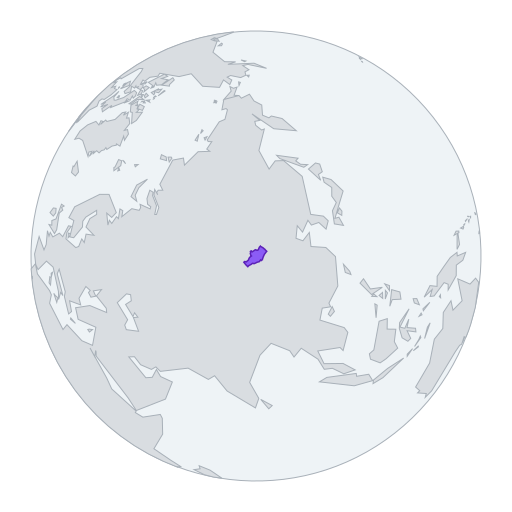 globe centered on Ömnögovi, rotated 319°
{"feature_id": "MNG-3298", "entity_name": "Ömnögovi", "entity_type": "Province", "adm_level": 1, "iso_a3": "MNG", "parent_name": "Mongolia", "parent_adm1": "", "projection": "orthographic", "projection_center": [104.196, 43.387], "detail": "fine", "context": "on_globe", "style": "filled", "palette": "violet", "viewbox_px": 512, "rotation_deg": 319, "n_neighbors": 0, "source": "natural_earth", "source_scale": "10m", "svg_char_len": 12886}
<svg xmlns="http://www.w3.org/2000/svg" viewBox="0 0 512 512"><g transform="rotate(319 256 256)"><circle cx="256" cy="256" r="225" fill="#eef3f6" stroke="#a8b0b8"/><path d="M386.3,72.2L384.8,72.0L369.2,66.1L367.8,63.9L364.2,63.2L365.7,66.2L367.6,68.4L357.2,74.0L359.8,88.8L368.0,96.1L360.5,92.9L381.0,109.2L387.1,121.3L375.6,106.1L370.9,103.6L372.9,110.8L368.5,109.8L366.9,112.9L361.5,111.3L355.2,103.1L351.6,102.1L353.2,107.3L348.7,109.4L347.0,101.8L339.1,104.8L327.1,92.9L326.7,76.0L315.6,70.1L303.3,55.0L299.9,55.9L293.1,51.5L286.6,51.1L286.2,49.0L281.4,50.6L283.1,52.8L281.5,54.3L277.9,54.5L276.7,51.5L278.3,51.0L276.1,50.2L277.0,48.8L274.5,49.6L273.5,46.3L269.1,49.8L263.7,47.5L264.5,45.3L271.5,45.2L290.7,41.5L293.6,40.2L290.8,37.9L270.5,33.8L270.8,32.8L266.1,31.7L262.7,32.0L265.1,33.2L257.6,34.1L261.5,35.9L259.0,36.7L260.2,39.2L252.4,39.3L244.2,38.3L242.8,36.4L239.2,36.1L234.3,38.6L225.8,36.5L209.8,37.8L208.4,37.6L216.8,34.9L232.5,32.5L243.4,31.1L228.6,32.7L225.4,32.8L223.4,33.1L240.5,31.3L257.6,30.7L274.8,31.5L291.8,33.6L308.6,37.0L325.2,41.6L341.3,47.5L356.9,54.6L371.9,62.8L386.3,72.2ZM219.4,33.7L217.3,34.1L215.5,34.5L212.8,34.9L214.7,34.5L219.4,33.7ZM465.8,177.2L464.2,174.2L464.4,173.5L465.8,177.2ZM463.6,174.2L464.1,174.8L463.8,174.7L463.6,174.2ZM463.7,175.3L463.6,174.5L463.9,175.8L463.7,175.3ZM464.0,177.2L463.7,176.0L463.8,176.3L464.0,177.2ZM463.8,179.1L463.6,179.5L463.2,178.0L463.8,179.1ZM369.1,69.7L366.2,66.4L366.4,64.4L369.4,67.1L369.1,69.7ZM368.0,74.7L365.4,72.6L369.7,72.8L369.8,73.9L368.0,74.7ZM374.9,101.9L373.3,98.2L376.3,102.2L374.9,101.9ZM367.6,113.6L369.5,115.1L367.9,116.1L367.6,113.6ZM264.4,39.0L262.4,39.1L263.2,38.6L264.4,39.0ZM266.9,40.2L269.3,39.5L270.8,40.0L269.3,40.4L266.9,40.2ZM358.1,114.7L355.0,116.2L357.1,113.2L358.1,114.7ZM263.5,40.9L273.2,40.9L275.9,41.8L272.2,44.1L263.5,40.9ZM352.5,116.1L344.9,120.3L348.4,123.7L334.4,116.8L345.4,115.3L347.5,111.0L349.0,114.6L352.5,116.1ZM285.2,53.4L283.3,51.1L288.2,53.0L285.2,53.4ZM288.7,54.3L306.2,58.7L307.2,62.5L301.1,60.1L305.1,65.2L297.0,64.8L293.0,61.9L294.0,59.5L290.2,61.3L288.7,54.3ZM327.9,112.6L325.1,112.6L326.8,111.1L327.9,112.6ZM281.3,55.1L284.7,55.5L285.9,58.8L279.2,58.6L281.0,57.5L281.3,55.1ZM310.2,66.9L309.8,69.5L303.1,69.9L302.1,71.0L296.9,65.2L310.2,66.9ZM278.9,56.9L275.7,58.4L271.9,57.1L278.0,55.0L278.9,56.9ZM289.0,59.8L289.2,61.3L286.9,60.4L289.0,59.8ZM256.5,53.9L260.6,54.0L261.5,55.6L256.5,53.9ZM274.8,59.1L276.2,59.6L277.0,60.4L274.2,61.1L274.8,59.1ZM292.6,66.0L289.9,65.7L294.4,68.3L289.6,68.9L287.0,65.1L286.1,67.0L284.6,67.2L284.2,63.9L292.6,66.0ZM273.9,64.3L269.0,60.0L261.2,59.3L260.1,57.8L272.9,59.2L273.9,64.3ZM280.0,64.3L276.0,63.9L276.7,62.0L279.9,61.1L280.0,64.3ZM287.2,70.9L295.3,70.9L295.6,71.8L287.2,70.9ZM271.5,64.4L272.7,65.4L270.8,64.5L271.5,64.4ZM282.2,69.2L285.0,69.0L285.3,70.0L282.2,69.2ZM272.9,67.8L271.3,66.4L273.4,65.6L272.9,67.8ZM277.0,68.7L276.7,70.2L275.1,66.3L278.3,68.5L277.0,68.7ZM282.0,70.2L283.1,70.7L280.8,70.1L282.0,70.2ZM265.8,71.6L263.2,66.9L267.9,65.2L269.7,70.0L265.8,71.6ZM77.8,118.2L84.4,117.1L79.3,126.1L77.5,146.6L76.1,151.0L69.2,156.3L62.1,184.9L68.3,183.8L69.0,205.7L74.0,216.2L88.4,204.7L80.2,187.1L85.9,176.7L98.1,184.4L106.2,200.7L108.7,197.2L109.4,181.4L117.4,180.0L110.4,175.6L108.7,181.2L104.4,178.8L105.6,173.7L108.3,173.2L107.6,167.4L94.7,171.8L91.6,177.9L85.9,167.5L80.3,176.9L76.6,176.8L84.8,160.9L88.6,157.8L98.8,136.8L94.3,139.0L84.3,159.2L84.7,155.3L78.5,159.3L83.6,153.2L95.6,131.3L94.5,122.4L82.6,123.3L84.2,117.9L90.2,109.2L105.1,99.0L100.0,112.3L105.2,109.7L115.2,100.1L112.8,105.2L116.2,103.2L115.2,108.3L122.6,109.8L122.8,114.6L134.3,110.2L136.0,112.4L128.7,114.2L123.8,118.4L125.5,131.4L128.4,132.5L135.7,128.8L135.2,133.2L142.1,128.0L147.3,134.1L146.7,122.6L155.2,118.8L163.0,120.1L165.7,117.0L153.1,115.0L148.1,116.1L144.0,120.3L130.4,122.6L128.0,119.4L141.8,109.7L139.9,104.3L151.5,99.9L178.6,107.0L185.5,113.1L179.0,131.6L172.4,132.2L171.5,125.7L164.5,135.5L168.8,132.8L168.5,136.8L176.5,134.8L176.7,137.5L184.2,131.2L185.2,134.4L180.5,138.3L193.3,138.8L197.8,144.9L200.7,143.8L202.4,140.9L207.0,151.0L208.9,149.8L208.1,145.9L211.4,141.1L219.0,136.7L220.2,140.4L217.6,142.5L213.9,152.8L206.8,158.2L208.1,159.4L214.5,155.6L219.0,143.0L223.2,139.3L222.0,145.3L222.8,142.8L225.3,142.2L228.8,145.2L230.5,138.8L256.1,129.0L265.5,134.5L261.6,140.5L280.7,139.3L289.8,146.7L289.0,143.0L297.7,140.7L295.0,138.3L295.3,136.4L316.3,130.6L322.2,132.5L330.4,126.9L330.1,125.1L326.2,123.3L334.4,116.8L348.4,123.7L348.5,127.3L357.2,129.6L356.2,137.7L359.4,145.8L353.3,154.0L356.4,160.2L359.4,160.4L365.9,169.4L368.6,187.9L352.9,171.6L346.2,146.1L347.8,156.1L343.4,153.6L341.5,157.2L342.9,164.6L345.6,165.6L327.4,178.3L322.9,199.0L332.9,196.8L339.4,202.1L343.1,226.2L324.6,260.5L333.0,270.1L333.6,276.8L326.5,281.7L325.4,271.9L318.1,269.0L318.6,263.1L306.8,268.5L307.0,260.2L297.8,268.9L301.4,275.3L311.7,273.2L303.7,284.9L314.3,295.4L315.6,308.6L298.1,332.3L280.1,339.4L279.0,343.3L271.8,338.8L262.2,346.3L275.6,367.9L275.2,373.9L259.7,384.5L259.4,380.2L240.3,368.2L236.7,381.9L251.2,394.2L256.1,407.0L245.0,402.5L240.0,390.9L233.2,386.3L235.1,374.5L229.6,355.3L218.4,357.2L219.3,349.6L210.1,331.8L193.9,333.5L168.3,347.2L164.7,365.3L155.9,370.3L145.6,338.9L146.2,319.2L139.1,317.9L131.2,296.1L108.1,280.3L107.7,274.0L102.7,273.0L97.6,262.4L98.2,252.3L93.8,248.7L93.0,275.6L98.1,279.5L106.4,276.3L104.9,284.4L110.2,296.2L93.8,304.6L64.3,294.1L66.4,279.3L69.7,226.7L72.4,223.5L72.6,223.0L73.0,222.1L68.2,226.3L70.4,216.5L63.3,250.0L59.9,261.7L63.8,294.4L62.2,295.0L64.9,303.4L79.8,312.8L78.8,317.0L68.7,329.2L52.5,334.5L57.6,353.9L61.3,366.3L57.6,362.6L58.6,364.6L51.3,350.0L45.0,334.9L39.8,319.4L35.8,303.5L32.9,287.5L31.2,271.2L30.7,254.9L31.4,238.5L33.3,222.3L36.3,206.2L40.5,190.4L45.8,175.0L52.2,160.0L59.7,145.4L68.2,131.5L77.8,118.2ZM74.2,124.3L72.2,126.7L72.1,126.8L74.2,124.3ZM109.8,226.5L118.0,235.8L123.1,222.0L126.7,224.7L127.1,219.2L123.4,221.0L125.8,207.0L132.5,208.0L136.0,202.9L133.4,199.6L120.7,200.2L117.3,219.9L111.6,222.0L109.8,226.5ZM224.6,32.9L223.4,33.1L219.0,33.8L221.0,33.5L224.6,32.9ZM200.1,38.3L196.2,39.0L200.3,38.0L202.3,37.4L213.4,35.0L208.3,37.3L208.7,36.5L200.1,38.3ZM226.8,33.1L220.3,33.9L227.6,33.0L226.8,33.1ZM136.4,88.9L133.1,92.1L129.2,92.9L129.0,88.1L134.6,86.8L136.4,88.9ZM129.4,96.8L143.2,89.3L144.0,92.4L141.2,91.8L140.3,94.6L135.7,94.5L122.8,105.4L118.6,106.9L120.4,96.4L122.1,98.8L125.2,95.3L129.4,96.8ZM177.2,69.1L183.2,67.1L177.1,76.2L172.2,77.1L171.5,72.0L177.0,68.1L177.2,69.1ZM255.1,45.4L257.8,45.0L258.1,45.7L256.1,46.6L255.1,45.4ZM258.4,53.8L243.7,48.6L246.0,47.7L234.7,46.4L236.4,43.6L243.7,44.4L236.5,41.6L243.8,41.2L238.3,39.8L254.4,41.8L260.6,41.8L253.0,42.8L251.2,45.3L252.3,46.4L260.2,49.6L272.8,51.2L273.1,54.4L269.9,56.2L266.9,56.3L267.7,54.1L263.1,55.8L262.0,52.8L258.4,53.8ZM232.6,82.4L234.8,78.7L225.4,83.8L224.2,79.8L223.2,80.7L219.5,78.6L213.3,77.7L213.8,75.7L211.1,76.3L208.6,75.1L205.2,75.2L204.8,72.0L200.6,72.0L202.9,70.5L195.6,71.4L200.8,69.3L198.1,67.9L194.5,70.7L201.0,55.1L199.7,51.0L195.8,49.0L205.3,46.2L215.0,46.6L223.5,49.4L223.4,54.1L227.7,52.2L228.9,54.1L225.0,54.7L231.8,54.8L231.7,56.6L239.3,60.5L249.1,60.1L252.1,61.8L248.3,62.8L254.0,63.8L248.7,67.0L250.8,68.4L247.6,73.2L239.0,74.8L242.0,76.3L239.7,80.3L232.6,82.4ZM264.6,72.9L254.6,75.2L249.0,74.4L256.8,66.5L255.7,64.8L260.5,60.2L268.5,61.7L266.4,62.8L266.2,64.2L263.7,63.2L265.6,65.2L262.7,66.9L263.4,68.9L259.9,69.1L264.6,72.9ZM78.9,151.5L78.6,154.2L79.1,157.5L75.2,160.3L78.9,151.5ZM86.8,136.4L87.2,138.0L81.9,143.1L82.2,140.5L86.8,136.4ZM91.8,134.8L87.6,137.7L90.1,134.6L91.8,134.8ZM129.5,115.6L130.5,117.3L128.8,118.6L126.2,118.9L129.5,115.6ZM204.7,98.4L206.8,96.0L208.1,96.3L215.6,93.1L217.1,96.0L213.2,99.1L204.7,98.4ZM84.4,204.3L80.4,204.1L80.8,201.1L82.1,201.7L84.4,204.3ZM75.6,181.2L75.5,188.4L74.5,181.9L75.6,181.2ZM207.5,101.1L210.4,99.3L209.4,101.9L207.5,101.1ZM218.6,98.1L218.1,100.8L218.2,96.1L218.6,98.1ZM80.8,387.4L84.5,401.3L78.9,395.0L73.5,387.1L69.1,376.6L74.2,379.9L75.5,377.0L80.8,387.4ZM312.6,430.7L319.3,430.4L319.0,431.1L312.6,430.7ZM305.7,429.3L313.4,428.6L304.3,430.9L305.7,429.3ZM316.3,428.3L324.2,425.8L327.5,424.2L326.9,425.7L316.3,428.3ZM300.5,429.9L271.9,431.1L260.6,429.1L263.3,426.7L281.6,427.2L300.5,429.9ZM262.3,426.6L245.0,418.4L221.3,392.6L229.8,394.1L254.6,410.4L253.0,412.8L263.5,419.2L262.3,426.6ZM304.2,411.4L302.5,418.5L286.8,418.9L279.6,418.1L274.7,409.0L277.4,404.2L283.3,404.2L306.1,386.0L314.0,389.4L307.0,397.2L313.5,403.0L304.2,411.4ZM165.5,367.3L170.1,379.5L165.4,379.7L165.5,367.3ZM315.2,372.6L306.1,381.4L314.3,370.1L315.2,372.6ZM320.0,361.9L320.6,366.0L316.9,362.4L320.0,361.9ZM278.8,349.3L272.6,350.3L272.4,347.3L280.3,344.2L278.8,349.3ZM316.6,319.6L316.7,329.0L315.5,332.3L312.6,327.0L316.6,319.6ZM224.5,126.8L212.4,127.6L204.7,130.9L201.9,136.5L200.6,129.2L212.5,124.2L224.5,126.8ZM252.1,128.2L254.5,123.7L256.9,125.7L256.7,127.0L252.1,128.2ZM251.1,125.4L247.5,119.9L251.1,117.5L253.2,122.3L251.1,125.4ZM227.0,109.6L223.4,109.5L224.3,107.4L227.0,109.6ZM372.8,448.7L372.2,449.0L367.5,451.8L361.4,454.9L360.0,454.3L355.2,456.9L360.7,453.1L353.4,457.5L351.1,457.0L343.6,459.0L300.1,473.0L291.0,473.7L294.3,471.5L288.1,465.3L291.2,465.1L290.5,459.6L316.8,450.7L336.0,435.8L349.4,433.3L360.3,421.5L373.8,417.7L369.1,426.1L382.2,425.0L393.3,405.6L399.1,417.6L407.2,416.8L406.8,422.0L387.6,438.8L372.8,448.7ZM438.9,385.3L440.3,383.9L441.8,383.0L439.6,385.6L438.9,385.3ZM449.1,368.4L449.6,368.3L448.9,369.4L449.1,368.4ZM448.6,368.8L449.8,366.3L449.3,367.9L448.6,368.8ZM442.6,368.4L443.7,366.6L444.1,366.8L442.6,368.4ZM329.1,428.9L338.6,422.2L343.6,420.7L329.1,428.9ZM441.4,367.9L438.9,370.0L439.3,368.8L441.4,367.9ZM441.8,365.6L441.6,364.5L442.9,366.1L441.8,365.6ZM437.1,366.7L440.1,366.5L436.8,367.3L437.1,366.7ZM435.2,368.6L433.0,369.3L433.2,368.7L435.2,368.6ZM407.9,388.0L416.6,390.8L409.3,394.9L401.2,394.3L394.2,402.2L378.7,407.7L382.5,403.4L380.5,399.5L364.2,403.0L360.9,400.8L366.9,396.9L355.9,397.4L367.9,392.5L372.7,397.7L379.4,390.2L390.8,387.2L401.6,384.6L410.1,385.1L407.9,388.0ZM367.7,406.9L369.8,406.2L367.9,408.7L367.7,406.9ZM428.7,369.1L431.9,369.7L431.5,370.7L429.9,371.5L428.7,369.1ZM412.1,382.9L421.2,372.5L423.3,371.3L417.2,380.8L412.1,382.9ZM419.1,370.3L423.3,368.5L425.4,370.2L424.5,371.5L419.1,370.3ZM343.2,407.4L342.7,409.3L339.5,408.5L343.2,407.4ZM347.3,405.4L356.8,405.0L346.4,407.1L347.3,405.4ZM318.0,404.1L320.9,408.2L329.9,403.9L323.0,409.1L329.0,415.2L326.9,418.2L321.0,411.5L318.7,419.7L314.7,420.0L312.6,413.6L316.7,404.6L320.7,400.5L336.9,396.3L318.0,404.1ZM347.3,400.0L344.7,395.3L346.6,391.3L349.4,393.6L347.3,400.0ZM337.1,383.7L330.2,378.3L324.0,381.7L336.3,370.4L341.0,377.5L337.1,383.7ZM331.0,370.1L325.3,373.3L331.1,366.8L331.0,370.1ZM323.8,371.2L323.0,366.5L327.6,366.5L323.8,371.2ZM334.0,369.8L334.9,361.5L337.3,365.9L334.0,369.8ZM320.7,355.9L330.8,362.5L317.9,360.9L316.7,344.7L322.2,343.7L320.7,355.9ZM347.4,281.6L345.7,276.7L350.5,274.5L350.3,278.5L347.4,281.6ZM364.4,264.1L351.2,272.4L340.3,279.4L344.0,281.1L342.1,290.3L336.2,283.2L343.4,272.0L351.7,268.3L352.4,260.6L358.1,254.0L355.8,245.0L358.1,240.3L362.8,247.5L364.4,264.1ZM354.5,241.3L352.6,224.8L361.9,224.8L364.4,228.4L361.3,235.9L356.6,235.4L354.5,241.3ZM354.9,220.9L350.3,220.4L337.9,198.1L337.6,193.5L351.9,209.8L348.4,210.3L349.8,216.0L354.9,220.9ZM326.3,114.5L325.2,112.8L327.7,113.8L326.3,114.5ZM293.6,135.1L294.4,132.7L297.3,133.8L293.6,135.1ZM298.3,126.8L294.5,127.2L298.1,125.2L298.3,126.8ZM286.0,128.6L292.8,126.6L287.0,130.8L286.0,128.6Z" fill="#d9dde1" stroke="#a8b0b8" stroke-width="1"/><path d="M247.4,259.2L246.2,259.0L245.1,258.7L243.9,258.5L242.8,258.7L242.6,256.4L242.7,253.1L242.7,252.8L243.6,252.6L244.2,253.1L244.4,253.5L244.8,254.0L245.0,254.1L245.3,254.0L247.5,254.1L249.1,253.3L249.3,253.2L250.2,252.9L251.6,252.9L252.6,253.0L252.6,252.9L252.4,252.3L252.4,252.2L252.5,252.1L252.6,251.9L252.8,251.6L253.3,250.4L254.0,250.0L254.4,249.6L254.5,249.5L254.6,249.4L254.8,249.0L254.8,248.9L255.7,248.9L255.8,249.0L255.8,249.4L255.8,249.5L255.8,249.8L255.9,250.2L255.9,250.3L256.0,250.3L257.5,250.6L258.6,250.7L259.4,250.8L259.6,250.8L260.0,251.5L260.2,251.8L260.3,251.9L260.3,252.0L260.4,252.3L260.6,252.5L260.9,252.6L261.1,252.7L261.2,252.8L262.0,252.6L262.3,252.6L262.6,252.4L262.9,252.2L263.1,252.1L264.6,251.5L264.9,251.5L265.1,251.6L265.4,251.5L265.8,251.4L265.8,251.9L265.8,252.1L266.1,252.7L266.7,254.5L266.8,255.1L266.8,255.6L266.9,255.9L267.0,256.7L267.1,256.8L267.1,257.0L267.0,257.3L267.0,257.5L267.2,259.5L265.9,259.7L264.7,260.0L263.5,260.2L262.2,260.8L260.9,261.4L259.7,262.1L259.4,262.3L259.2,262.4L258.9,262.4L258.4,263.0L258.2,262.9L257.2,262.8L256.9,262.8L256.9,262.0L255.7,262.2L254.6,262.4L253.7,261.9L252.8,261.5L252.7,261.4L251.7,261.2L250.7,260.9L249.7,260.6L249.3,260.3L248.9,259.5L248.6,259.3L248.3,259.2L247.9,259.2L247.4,259.2Z" fill="#8b5cf6" stroke="#5b21b6" stroke-width="1.5"/></g></svg>